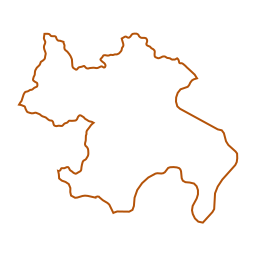 outline of Borski, rotated 87°
{"feature_id": "SRB-125", "entity_name": "Borski", "entity_type": "District", "adm_level": 1, "iso_a3": "SRB", "parent_name": "Republic of Serbia", "parent_adm1": "", "projection": "natural_earth1", "projection_center": [22.104, 44.305], "detail": "fine", "context": "isolated", "style": "outline", "palette": "amber", "viewbox_px": 256, "rotation_deg": 87, "n_neighbors": 0, "source": "natural_earth", "source_scale": "10m", "svg_char_len": 5790}
<svg xmlns="http://www.w3.org/2000/svg" viewBox="0 0 256 256"><g transform="rotate(87 128 128)"><path d="M212.0,147.1L203.5,150.7L201.8,152.4L198.8,156.9L195.6,160.3L195.1,160.6L194.8,162.1L195.1,163.4L195.5,164.2L195.8,164.2L193.7,171.7L193.3,174.5L193.5,177.0L194.8,182.3L194.9,184.5L192.5,188.4L189.0,189.0L184.9,188.7L180.9,190.1L178.6,193.2L177.1,196.8L174.8,199.4L170.4,199.5L167.3,200.0L167.4,199.8L167.1,198.7L166.8,198.0L166.3,197.6L165.3,197.1L164.9,196.8L164.7,196.4L164.7,195.9L164.8,194.1L164.8,193.6L164.2,192.0L163.9,191.1L163.9,190.2L164.0,189.8L164.6,189.3L165.2,188.9L166.6,188.4L167.4,187.7L168.5,186.2L169.4,185.3L170.0,184.6L170.4,183.9L170.9,182.7L170.8,182.2L170.7,181.8L169.7,180.0L168.9,178.3L168.3,177.5L167.9,177.2L167.2,176.9L164.7,176.5L162.6,176.0L160.6,175.4L159.3,174.9L158.6,174.4L158.3,174.1L157.4,172.3L156.8,171.5L156.2,171.1L154.1,169.7L153.5,169.4L152.6,169.1L151.1,168.9L149.6,168.9L148.1,168.9L146.7,169.1L145.2,169.8L144.7,170.2L143.6,171.3L143.1,171.5L142.5,171.7L141.9,171.8L140.7,171.6L138.5,170.9L137.8,170.8L134.1,170.5L133.4,170.4L131.9,169.8L130.0,169.7L129.5,169.6L128.5,169.2L128.0,168.8L125.1,166.3L123.3,164.9L122.1,163.6L121.0,162.1L120.0,163.7L119.6,165.0L119.3,166.2L119.0,166.8L118.7,167.3L117.6,168.8L116.8,170.1L116.1,170.8L114.9,171.7L114.7,172.0L113.1,174.3L112.9,174.8L112.8,175.4L113.0,176.0L113.6,176.7L114.4,177.4L116.5,178.4L117.3,179.2L117.6,179.6L117.8,180.3L117.9,181.7L117.9,184.0L117.7,185.7L117.7,186.1L117.7,186.4L117.9,186.8L119.2,188.1L119.5,188.6L120.1,190.8L120.3,191.1L120.5,191.5L121.9,192.9L122.2,193.3L122.5,193.9L122.4,195.0L122.1,196.9L122.1,197.4L122.4,199.3L122.3,199.8L122.2,200.3L121.9,201.0L121.6,201.5L121.2,201.8L120.4,202.1L118.2,202.5L117.5,202.9L117.2,203.1L116.8,203.5L116.6,204.0L116.3,205.7L116.1,206.2L115.7,206.8L115.3,207.3L113.8,208.9L113.3,209.4L112.7,210.6L112.1,212.2L111.8,212.9L111.1,213.9L109.7,215.4L109.4,216.0L108.7,217.5L108.0,219.0L107.9,219.5L107.9,220.0L108.3,222.0L108.3,223.4L108.1,224.1L107.7,225.4L107.0,227.2L106.7,227.6L106.4,228.0L106.0,228.2L103.5,229.3L101.6,229.8L101.1,230.1L100.9,230.4L99.5,233.4L99.0,235.6L96.9,234.2L95.4,232.9L89.1,230.5L88.1,229.9L87.0,229.1L86.7,228.7L86.5,228.2L86.2,226.5L85.9,225.6L85.1,224.2L84.9,223.8L84.8,223.5L84.8,222.3L84.6,221.8L84.3,221.2L83.1,219.7L82.8,219.1L82.2,217.5L82.0,217.0L81.7,216.6L81.3,216.5L80.9,216.3L79.8,216.2L78.8,216.3L78.4,216.4L78.0,216.8L76.9,218.6L75.8,219.9L75.5,220.1L75.0,220.3L74.4,220.3L72.0,219.5L70.5,218.6L69.6,218.3L67.2,218.0L66.0,217.7L65.5,217.5L63.3,216.1L63.0,215.9L61.3,213.9L60.2,212.8L59.4,212.4L57.7,211.7L57.3,211.4L56.7,210.3L56.1,209.3L54.9,207.9L54.5,207.6L54.1,207.4L51.9,206.9L49.7,206.3L49.2,206.3L47.8,206.6L45.0,207.5L43.4,207.7L42.6,207.7L41.3,207.4L39.3,206.4L38.4,206.2L37.8,206.1L37.2,206.2L34.9,207.1L34.2,207.3L33.2,207.2L29.6,206.5L29.7,203.5L29.9,202.4L30.1,201.9L30.4,201.4L31.7,200.4L32.0,200.1L32.2,199.7L32.3,199.2L32.5,196.4L32.8,195.7L33.1,195.3L33.5,195.2L34.4,194.9L35.3,194.6L35.9,194.3L36.8,193.5L37.1,193.0L37.2,192.5L37.3,191.2L37.5,190.8L38.6,187.9L39.5,187.9L41.7,187.2L42.4,187.1L44.5,187.4L45.1,187.3L46.0,187.1L46.5,186.8L47.1,186.3L48.5,184.7L49.0,184.3L51.1,182.8L53.2,181.6L55.6,180.7L56.7,180.4L57.5,180.4L63.1,180.3L64.3,180.0L65.0,179.6L65.6,178.9L66.6,177.5L66.9,177.1L67.0,176.8L67.0,176.3L66.7,175.8L65.3,174.5L64.8,173.7L64.7,173.1L64.4,171.0L63.8,169.0L63.8,168.6L64.0,168.3L64.4,167.9L65.4,167.1L65.9,166.6L66.3,165.9L66.4,165.4L66.5,164.8L66.4,164.2L66.2,163.4L66.1,162.2L66.0,159.7L66.1,158.5L66.5,156.6L66.5,155.4L66.2,154.4L65.5,152.8L65.1,151.6L65.1,151.1L65.2,150.7L66.1,149.4L66.3,149.1L66.3,148.7L66.3,148.4L66.1,147.9L65.4,147.5L64.7,147.2L63.8,147.3L63.0,147.6L62.0,148.3L60.2,150.4L59.0,151.5L58.5,151.8L58.2,151.9L57.8,151.8L57.4,151.5L56.1,150.1L54.4,148.9L54.2,148.5L54.1,148.0L54.1,146.9L54.6,144.9L54.6,144.1L54.6,143.4L54.0,141.5L54.1,140.8L54.3,139.6L54.3,139.1L53.8,137.2L53.9,135.4L53.8,134.9L53.3,133.6L52.9,132.9L51.0,131.0L50.3,130.5L49.4,130.2L48.2,129.9L47.4,129.6L46.4,128.7L45.9,128.5L45.3,128.3L44.1,128.3L43.5,128.4L40.6,129.1L38.3,129.6L37.7,128.3L36.7,126.4L36.6,125.8L36.6,125.3L36.9,124.8L37.5,123.8L37.8,123.2L37.8,122.7L37.8,122.2L37.4,121.6L36.9,120.9L35.1,119.5L34.5,118.8L34.3,118.4L34.2,117.8L34.1,116.4L34.2,115.1L34.3,114.4L34.7,113.7L35.1,113.1L35.6,112.7L37.0,112.1L37.9,111.2L38.2,110.8L38.6,110.1L38.7,109.4L38.9,106.6L39.1,106.0L39.2,105.6L39.5,105.2L39.8,105.0L40.6,104.5L41.5,104.3L42.7,104.4L45.0,105.3L45.5,105.2L45.9,105.1L46.3,104.8L46.8,104.2L47.9,101.8L49.5,100.5L49.9,99.9L50.7,98.6L51.5,97.9L52.0,97.5L52.9,97.3L53.5,97.3L55.6,97.6L57.5,97.6L58.3,97.3L58.6,96.9L58.9,96.5L59.8,94.6L59.9,94.0L59.9,93.5L59.4,91.8L58.5,89.8L58.4,88.7L58.4,88.1L58.7,87.1L58.9,86.8L59.7,85.8L60.1,85.0L60.4,83.3L60.7,82.3L61.7,81.0L62.0,80.2L62.0,79.0L62.1,78.2L62.0,77.4L61.7,76.7L61.0,75.3L61.5,74.7L62.7,74.0L63.7,73.7L65.0,73.5L65.6,73.3L65.9,72.9L66.1,72.5L66.1,71.3L66.2,70.8L66.5,70.2L67.2,69.3L69.0,67.4L70.6,66.0L72.5,64.1L78.2,58.6L82.0,56.5L82.8,59.7L83.8,61.6L85.9,63.4L88.2,64.6L90.0,66.2L92.1,73.5L95.5,76.5L100.0,78.3L104.2,78.7L109.0,77.6L111.5,75.1L134.1,38.4L135.2,34.5L138.2,32.5L146.4,30.8L150.2,28.7L157.1,21.8L159.2,20.4L164.0,20.5L167.7,21.2L170.6,22.8L184.4,36.5L191.2,41.5L197.8,44.5L213.5,46.2L216.4,48.1L226.4,58.2L225.2,62.7L221.8,65.9L217.3,67.8L213.5,68.4L209.2,67.5L202.0,63.1L197.9,61.6L193.7,61.4L189.8,62.5L186.9,65.0L185.7,69.2L185.1,73.5L183.5,76.0L180.9,77.0L174.0,77.3L172.1,77.9L170.8,79.0L169.9,81.3L169.4,84.7L169.4,88.0L170.0,90.0L174.1,93.5L175.0,95.2L175.2,97.1L174.7,101.1L175.0,103.0L178.5,110.3L183.8,116.8L190.4,122.0L198.0,125.1L206.2,126.2L210.0,127.8L211.6,131.2L210.8,143.2L211.9,146.9L212.0,147.1Z" fill="none" stroke="#b45309" stroke-width="2"/></g></svg>